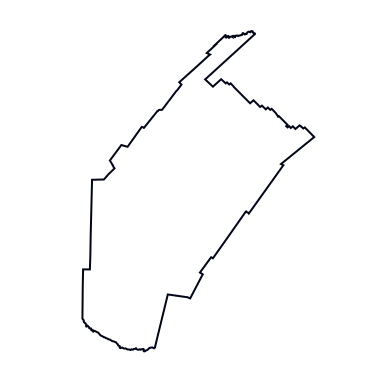 outline of Exaltación de la Cruz, Buenos Aires, Argentina, rotated 260°
{"feature_id": "61730980B21567181905347", "entity_name": "Exaltación de la Cruz", "entity_type": "district", "adm_level": 2, "iso_a3": "ARG", "parent_name": "Argentina", "parent_adm1": "Buenos Aires", "projection": "equal_earth", "projection_center": [-59.143, -34.313], "detail": "fine", "context": "isolated", "style": "outline", "palette": "ink", "viewbox_px": 384, "rotation_deg": 260, "n_neighbors": 0, "source": "geoboundaries", "source_scale": "gbopen_adm2", "svg_char_len": 5179}
<svg xmlns="http://www.w3.org/2000/svg" viewBox="0 0 384 384"><g transform="rotate(260 192 192)"><path d="M46.0,128.8L57.3,133.7L95.3,150.4L92.6,158.6L89.1,169.4L87.5,171.7L109.1,188.3L111.3,185.8L124.4,199.5L123.1,201.1L143.9,222.1L163.4,241.6L163.5,241.8L163.3,241.9L163.2,242.1L162.9,242.2L162.7,242.4L162.6,242.6L162.5,242.8L162.3,243.0L162.1,243.3L162.0,243.5L161.9,243.6L161.6,243.9L161.5,244.0L161.3,244.2L161.0,244.3L202.5,286.6L204.1,284.5L224.9,321.9L236.0,314.3L235.2,312.6L237.9,310.6L237.8,310.4L238.9,309.5L236.1,304.8L239.2,302.7L237.9,300.4L240.0,299.1L239.0,297.4L240.5,296.2L241.6,297.7L251.4,290.9L251.7,290.6L251.5,290.2L251.3,289.9L255.4,288.1L260.1,284.9L259.3,283.3L262.0,281.4L260.6,279.0L264.9,275.9L263.9,273.9L271.6,268.5L269.3,264.6L288.4,251.3L288.7,251.3L292.3,248.9L291.4,247.3L293.9,245.5L293.1,244.1L298.0,240.3L292.1,230.9L300.6,224.5L336.7,281.5L336.9,281.5L337.1,281.5L337.3,281.3L337.3,281.1L337.2,280.9L337.1,280.6L337.2,280.3L337.4,280.3L337.8,280.3L338.0,280.4L338.4,280.0L338.5,279.7L338.9,279.5L339.1,279.5L339.3,279.5L339.6,279.6L339.9,279.2L340.0,279.1L340.2,278.7L340.2,278.4L340.2,278.2L339.9,277.9L339.6,277.7L339.4,277.5L339.2,277.2L339.3,276.8L339.6,276.6L339.8,276.3L340.0,276.0L340.0,275.8L340.0,275.5L339.9,275.1L339.7,274.7L339.6,274.4L339.4,274.2L339.1,273.8L338.8,273.6L338.6,273.5L338.4,273.4L338.2,273.3L338.2,273.0L338.2,272.9L338.5,272.4L338.4,272.1L338.2,272.0L338.0,271.8L338.0,271.3L338.1,271.2L338.5,270.9L339.0,270.5L339.1,270.4L339.4,270.2L339.6,270.0L339.6,269.8L339.6,269.5L339.4,269.2L339.2,269.1L338.8,269.0L338.5,268.9L338.3,268.9L338.1,268.7L337.9,268.1L337.9,267.7L338.0,267.5L338.0,267.1L338.0,266.6L337.8,266.3L337.7,266.1L337.7,265.8L337.8,265.5L337.9,265.2L337.7,264.9L337.6,264.6L337.7,264.2L337.8,264.1L338.1,263.9L338.3,263.6L338.3,263.2L338.4,262.9L338.4,262.6L338.3,262.3L338.1,262.1L337.8,261.9L337.6,261.7L337.3,261.5L337.1,261.4L337.1,261.0L337.3,260.9L337.6,260.8L337.9,260.8L338.2,260.8L338.4,260.6L338.5,260.3L338.6,260.0L338.7,259.7L338.5,259.1L338.2,258.8L337.9,258.8L337.6,258.8L337.8,258.6L338.0,258.5L338.2,258.3L338.3,257.9L338.4,257.7L338.1,257.2L338.2,256.5L338.2,256.3L338.0,256.0L337.5,255.6L337.4,255.4L337.4,255.2L337.6,255.0L337.8,254.9L338.1,254.8L338.6,254.9L339.0,255.0L339.3,254.9L339.4,254.7L339.3,254.0L339.0,253.6L338.8,253.4L338.5,253.1L338.2,252.9L338.1,252.6L338.2,252.3L338.5,252.0L338.7,251.9L339.1,251.6L339.4,251.5L339.7,251.6L339.8,251.6L340.1,252.3L340.5,252.4L340.7,252.1L340.5,251.6L340.4,251.5L340.3,251.3L340.0,251.0L339.7,250.7L339.5,250.3L332.8,240.1L332.7,240.6L326.3,230.7L324.2,233.7L323.1,231.6L313.7,216.8L302.3,198.5L299.6,200.3L294.7,195.0L294.2,194.1L292.4,192.2L291.9,191.6L278.2,176.9L278.2,176.0L278.4,175.2L278.4,174.8L278.4,174.6L278.5,174.4L278.6,174.0L278.5,173.5L278.4,173.4L278.2,173.1L277.7,172.6L277.6,172.4L277.7,172.0L263.5,155.8L263.6,155.5L263.8,155.4L264.0,155.3L264.1,155.2L264.3,154.9L264.5,154.7L264.6,154.4L264.7,154.0L264.8,153.8L247.7,136.4L250.5,130.6L237.3,116.6L232.0,118.7L231.8,118.5L228.7,119.8L224.1,113.0L219.6,107.4L221.4,95.7L167.4,84.8L147.8,81.0L133.5,78.0L134.7,71.3L119.0,68.2L86.3,62.1L86.1,62.2L85.7,62.3L85.5,62.6L85.2,62.8L84.8,62.8L84.6,62.9L84.3,63.0L84.1,63.1L83.8,63.0L83.1,63.0L82.7,63.0L82.3,63.3L82.1,63.5L81.9,63.7L81.7,63.7L81.5,63.8L81.3,64.0L81.1,64.2L81.0,64.3L80.9,64.4L80.6,64.5L80.1,64.7L79.8,64.8L79.5,64.8L78.8,64.5L78.2,64.4L77.9,64.5L77.8,64.9L77.9,65.3L78.4,65.9L78.0,66.3L77.4,66.6L77.0,67.0L76.5,67.2L76.0,67.1L75.7,67.2L75.5,67.4L75.4,67.7L75.3,68.0L75.3,68.3L75.3,68.6L75.2,68.8L74.7,69.0L74.4,68.9L74.0,68.9L73.7,68.8L73.4,68.9L73.2,69.1L73.1,69.3L73.1,69.6L73.3,70.0L73.2,70.2L73.1,70.4L72.9,70.3L72.4,70.2L72.1,70.2L71.8,70.3L71.6,70.5L71.9,71.3L72.2,71.9L71.7,72.6L71.0,73.5L70.4,74.2L70.1,74.8L69.7,75.3L68.0,76.2L67.6,76.6L67.0,76.8L66.4,77.3L66.2,77.7L65.8,78.3L65.5,78.6L65.2,79.1L64.6,79.7L64.2,80.1L64.2,80.3L64.1,80.8L63.6,81.3L63.0,82.0L62.7,82.6L62.3,83.4L61.8,83.7L61.5,84.0L61.2,84.6L61.1,85.3L60.5,85.9L60.1,86.4L59.7,86.9L59.2,87.3L58.9,87.6L58.8,88.0L58.7,88.6L58.5,89.0L58.2,89.4L57.8,89.8L57.6,90.4L57.3,91.0L56.9,91.2L56.3,91.4L55.8,91.8L55.4,92.2L54.9,92.3L54.4,92.6L54.0,92.6L53.5,92.9L53.1,93.6L52.8,94.0L52.4,94.2L52.1,94.1L51.7,93.8L51.4,93.7L51.0,93.9L50.7,94.4L50.8,94.9L50.8,95.7L50.9,96.2L50.7,96.6L50.3,97.0L49.8,97.4L49.6,97.9L49.5,98.5L49.6,99.1L49.4,99.6L48.9,100.2L48.5,100.7L48.1,101.3L48.0,101.6L47.9,102.5L47.6,103.1L47.3,103.5L47.1,104.0L47.4,104.5L47.6,105.0L47.3,105.5L47.1,105.9L47.0,106.6L47.5,107.2L47.5,107.7L47.4,108.2L47.4,108.8L47.8,109.6L47.3,109.7L46.9,110.1L46.5,110.7L46.1,111.1L46.0,111.8L46.0,112.4L46.2,113.1L45.8,113.7L45.6,114.2L45.9,114.8L45.8,115.5L45.9,116.1L45.9,116.4L45.9,116.8L45.6,117.1L45.4,117.2L45.1,117.2L44.6,117.1L44.2,116.9L43.8,116.8L43.4,117.1L43.3,117.7L43.4,118.1L43.7,118.6L43.9,119.0L44.0,119.8L44.1,120.3L44.3,120.7L44.6,121.2L44.9,121.7L45.2,122.2L45.6,122.6L45.8,123.2L45.8,123.9L45.9,124.5L45.9,124.8L45.9,125.2L45.9,125.5L45.8,125.9L45.7,126.2L45.2,126.7L44.9,127.1L44.7,127.7L44.9,128.0L45.2,128.2L45.4,128.6L45.6,128.6L45.8,128.7L46.0,128.8Z" fill="none" stroke="#020617" stroke-width="2"/></g></svg>